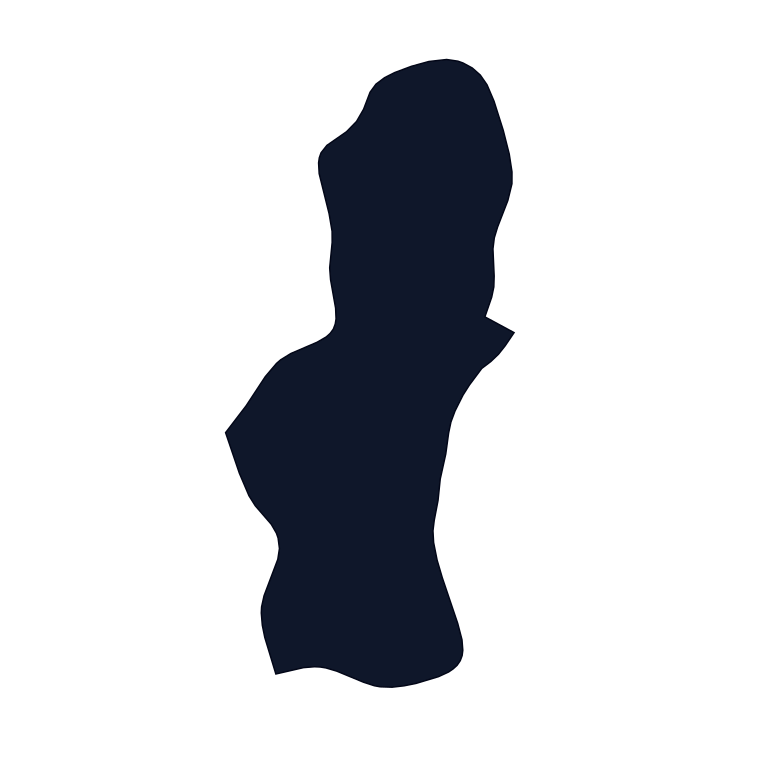 Cayetano Germosén, Espaillat, Dominican Republic, rotated 163°
{"feature_id": "3306468B9406738878397", "entity_name": "Cayetano Germosén", "entity_type": "district", "adm_level": 2, "iso_a3": "DOM", "parent_name": "Dominican Republic", "parent_adm1": "Espaillat", "projection": "mercator", "projection_center": [-70.472, 19.336], "detail": "fine", "context": "isolated", "style": "filled", "palette": "ink", "viewbox_px": 768, "rotation_deg": 163, "n_neighbors": 0, "source": "geoboundaries", "source_scale": "gbopen_adm2", "svg_char_len": 1409}
<svg xmlns="http://www.w3.org/2000/svg" viewBox="0 0 768 768"><g transform="rotate(163 384 384)"><path d="M549.7,383.8L548.4,341.1L545.8,316.6L542.7,305.2L532.8,282.8L530.5,272.9L530.3,267.7L532.1,257.2L536.8,247.4L560.6,216.6L566.2,206.7L568.3,200.9L570.9,188.9L572.1,176.5L572.2,138.3L543.9,136.3L533.0,133.9L527.7,132.0L522.6,129.5L513.1,123.2L490.9,104.9L481.5,98.3L476.3,95.6L464.9,91.7L453.0,89.5L441.0,88.3L417.4,88.2L406.4,89.7L401.3,91.3L396.4,93.6L392.0,97.1L388.7,101.4L386.5,106.3L384.2,116.6L383.5,133.5L384.9,181.8L384.7,200.1L382.9,217.9L380.1,229.3L375.9,238.8L366.4,256.8L358.0,276.7L345.4,299.0L336.5,318.3L331.1,328.1L324.0,337.4L311.7,350.3L302.6,358.1L286.0,370.3L275.2,374.3L265.7,379.1L257.0,385.1L244.6,395.1L267.9,418.7L255.6,435.6L250.6,444.7L247.1,455.0L240.3,481.4L235.8,491.5L229.5,500.9L211.9,523.3L203.1,538.1L199.6,549.4L197.0,567.3L195.8,591.7L196.1,622.3L198.0,640.0L201.6,651.3L207.2,660.4L214.6,667.9L218.9,671.1L229.2,676.0L246.8,679.3L264.9,679.8L282.7,678.7L293.8,676.8L304.0,673.1L312.0,667.1L323.2,652.7L333.5,643.1L346.1,636.2L368.8,628.9L376.6,623.5L379.7,619.3L381.9,614.6L384.5,604.1L386.7,563.0L389.0,545.2L392.2,534.5L402.0,510.9L404.6,499.4L408.1,470.7L410.8,460.3L413.1,455.6L416.4,451.3L420.7,448.1L425.5,445.9L435.8,443.5L464.1,440.4L475.6,437.4L480.8,435.1L495.3,425.8L522.3,403.4L549.7,383.8Z" fill="#0f172a" stroke="#020617" stroke-width="1.5"/></g></svg>